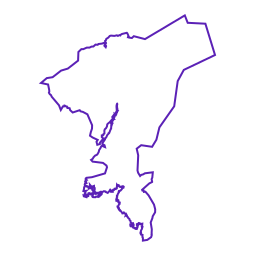 outline of Namdalseid nor, Nord-Trøndelag, Norway, rotated 180°
{"feature_id": "86288312B7521239931161", "entity_name": "Namdalseid nor", "entity_type": "district", "adm_level": 2, "iso_a3": "NOR", "parent_name": "Norway", "parent_adm1": "Nord-Trøndelag", "projection": "orthographic", "projection_center": [11.204, 64.324], "detail": "fine", "context": "isolated", "style": "outline", "palette": "violet", "viewbox_px": 256, "rotation_deg": 180, "n_neighbors": 0, "source": "geoboundaries", "source_scale": "gbopen_adm2", "svg_char_len": 5808}
<svg xmlns="http://www.w3.org/2000/svg" viewBox="0 0 256 256"><g transform="rotate(180 128 128)"><path d="M41.0,201.0L50.6,232.3L68.3,233.2L71.2,240.6L111.0,216.9L122.2,219.8L124.1,218.0L126.9,218.4L127.0,218.9L128.0,218.9L127.6,220.3L128.7,222.7L129.2,223.2L134.1,222.0L135.5,221.1L135.7,220.6L136.5,220.9L138.1,220.1L139.1,220.7L141.6,220.1L145.0,220.4L146.3,220.0L147.7,218.4L149.7,217.1L150.2,215.6L150.9,215.1L150.7,214.1L151.0,213.7L150.1,213.3L150.0,212.9L151.0,212.1L150.7,211.2L150.8,210.8L150.4,210.9L149.9,209.9L150.3,208.8L151.6,210.2L151.2,210.9L151.3,212.0L151.9,213.2L154.0,212.4L157.6,212.0L158.3,211.2L160.5,211.4L162.6,209.5L164.5,209.4L166.5,208.4L169.2,208.4L172.6,206.9L174.6,206.9L177.6,204.0L177.9,195.4L188.2,187.4L194.9,185.4L203.4,178.8L209.2,177.9L215.0,173.0L207.9,171.5L206.8,166.0L206.7,164.4L207.1,163.3L206.2,161.8L205.0,160.9L204.3,159.3L197.0,150.7L195.2,146.0L193.1,149.6L192.0,149.6L191.7,150.5L191.4,150.5L189.4,149.2L189.1,149.4L188.5,148.7L188.5,148.0L186.4,147.8L185.8,145.8L183.3,143.5L176.3,145.8L175.5,144.7L173.1,144.1L168.6,141.7L163.9,130.8L164.0,127.4L165.2,123.8L166.0,120.3L163.4,118.5L158.3,116.1L159.5,114.2L158.7,111.2L156.1,112.0L156.2,113.0L155.9,113.5L152.9,117.1L152.9,117.7L154.2,118.9L154.2,120.6L153.0,120.7L152.9,121.2L152.6,121.3L152.6,121.8L151.6,122.5L151.6,125.5L151.2,126.7L149.9,127.9L149.0,129.7L148.8,131.4L148.4,132.1L146.3,133.8L143.3,137.3L143.1,138.4L143.7,139.0L143.1,139.8L143.0,138.9L142.8,138.9L141.2,140.9L141.3,141.3L141.0,141.3L141.1,141.7L140.6,141.3L140.8,141.7L140.7,142.4L140.2,143.6L139.5,144.2L139.2,145.7L139.1,146.3L139.3,146.4L139.5,149.2L139.4,150.8L138.9,152.3L138.0,152.6L138.8,152.2L139.0,150.0L138.8,147.7L138.6,147.2L138.5,145.6L138.2,145.3L138.8,144.8L139.0,143.5L139.6,142.8L139.8,141.6L140.1,141.5L140.3,140.6L141.2,140.3L141.9,137.9L142.8,136.6L142.5,136.5L142.9,136.3L142.7,135.9L142.2,135.6L143.3,135.8L143.4,135.3L144.0,135.0L143.9,134.5L144.7,134.9L144.9,134.5L144.7,134.0L145.0,134.0L145.0,133.1L144.1,133.1L143.7,132.5L144.6,131.9L144.7,131.2L144.2,131.2L144.8,129.3L144.9,127.3L145.3,126.9L146.8,123.0L147.3,122.9L147.3,122.5L148.7,121.0L149.9,118.4L150.8,117.9L151.0,116.6L153.7,112.7L153.5,111.9L151.5,110.8L151.0,108.9L154.1,110.2L154.8,109.6L155.7,107.6L156.8,106.1L157.3,104.0L158.4,102.0L159.1,101.2L160.9,100.4L162.5,98.7L163.3,97.2L164.9,96.1L163.4,94.4L153.0,93.1L149.5,90.4L149.0,88.8L151.0,82.6L164.1,78.8L169.5,78.2L170.2,77.6L169.5,76.4L170.3,76.5L170.4,76.1L170.4,75.1L170.0,74.4L170.6,74.3L169.8,72.9L170.9,72.8L171.3,71.5L170.9,70.6L167.4,69.3L165.3,69.1L165.4,69.7L165.9,70.2L166.0,71.1L165.0,69.9L163.9,69.4L162.0,70.1L161.9,68.5L162.7,68.3L161.3,67.9L161.3,66.6L161.6,65.1L161.3,64.3L160.2,63.5L160.1,63.0L160.7,62.2L161.6,62.6L162.5,62.3L162.8,61.5L163.8,60.8L163.6,60.4L163.7,59.6L163.1,59.5L163.0,58.9L162.2,58.8L160.5,58.8L159.9,59.5L158.0,59.1L157.9,59.8L156.6,59.5L156.3,60.0L156.7,60.2L157.1,61.3L156.1,61.8L155.7,60.9L155.3,60.9L154.5,61.6L154.6,62.8L154.3,62.8L154.4,63.2L156.0,63.1L159.3,62.3L159.2,63.1L158.6,63.2L157.5,63.2L155.2,64.3L153.5,64.0L152.2,64.8L150.7,64.6L150.3,64.4L150.3,64.0L148.3,63.1L147.0,64.6L146.2,64.8L146.1,65.9L145.8,66.3L145.5,66.0L145.6,64.9L145.1,64.2L144.2,64.2L144.9,64.9L144.7,65.4L143.0,65.1L142.8,65.4L143.3,65.8L142.9,66.2L142.0,66.1L141.6,67.0L140.2,66.9L140.0,67.2L140.3,67.5L139.2,67.7L139.2,68.5L139.0,71.0L138.3,70.0L137.8,70.6L137.9,71.0L137.2,70.8L136.9,69.8L136.4,69.2L135.1,69.4L135.1,69.0L134.2,68.9L133.3,69.7L133.8,70.1L132.8,69.7L132.8,69.0L132.4,69.0L132.5,68.3L133.8,67.8L134.2,66.8L135.6,65.3L137.1,65.0L137.3,64.3L136.9,64.2L137.0,63.8L138.2,62.0L138.7,60.2L139.0,60.2L138.9,59.4L139.1,59.4L139.2,57.5L139.5,57.5L139.8,56.4L139.6,55.1L138.5,55.1L138.1,56.1L137.9,55.9L137.6,55.7L137.6,53.8L136.3,53.6L136.2,53.2L136.6,52.8L136.5,52.3L136.8,52.3L137.7,49.9L138.5,49.6L138.4,48.9L138.1,48.4L137.6,48.8L136.9,47.7L137.2,46.6L136.4,45.7L135.9,45.8L135.7,45.1L135.3,45.1L133.4,42.6L132.2,42.8L132.7,42.8L132.1,43.5L131.0,42.3L130.1,42.4L130.0,42.2L130.3,42.1L130.1,41.1L130.3,40.5L129.8,40.8L129.1,40.5L129.2,39.9L128.9,39.4L128.3,39.1L127.8,38.0L126.7,37.2L126.3,35.8L125.5,35.1L125.4,33.9L125.1,33.4L124.0,32.7L123.1,32.8L123.1,32.5L122.9,32.4L122.9,31.8L122.4,31.5L122.4,30.5L122.7,29.6L124.5,31.2L125.7,31.4L125.6,30.1L125.3,29.7L123.7,29.6L123.0,28.6L122.5,28.9L121.8,27.9L121.0,28.0L120.2,27.6L120.3,27.1L119.2,27.0L118.8,28.0L119.1,28.0L119.2,28.6L118.2,29.9L118.0,30.9L119.1,31.0L119.1,31.9L117.8,32.3L117.3,33.0L116.7,32.9L116.5,32.1L115.7,32.3L115.6,31.8L113.7,32.3L113.9,29.3L114.2,29.3L114.1,28.8L113.6,28.8L114.2,26.8L114.9,25.7L115.6,23.0L115.4,22.5L114.9,22.9L114.7,21.3L113.5,21.1L113.6,19.0L113.3,18.8L113.1,17.9L113.1,15.4L108.7,16.1L104.9,18.8L104.3,20.6L104.5,21.4L104.2,21.9L104.4,22.6L104.2,26.7L105.3,33.5L103.6,37.9L103.3,39.7L100.9,43.7L100.8,46.7L102.0,51.4L107.4,60.6L110.6,64.3L112.1,64.1L112.3,65.3L113.0,65.3L113.2,65.9L113.7,65.7L113.9,66.2L106.7,72.6L103.9,74.0L103.9,74.6L104.4,76.8L103.7,78.4L103.2,83.7L111.1,82.7L112.9,81.6L114.8,81.1L115.9,80.0L117.9,83.3L118.5,85.5L117.8,100.7L119.3,107.3L114.8,110.8L103.9,109.2L99.6,116.3L96.6,128.6L81.8,149.7L78.3,174.9L72.2,186.1L41.0,201.0ZM172.2,59.7L169.4,58.8L169.1,59.6L168.2,59.8L168.8,60.6L168.7,61.1L168.0,60.8L168.0,61.2L167.4,61.6L167.3,62.5L167.6,62.5L167.5,62.8L167.2,62.8L167.2,62.4L166.4,62.8L166.2,61.6L165.3,61.6L165.3,62.0L164.2,62.3L163.9,62.8L163.1,62.8L162.3,64.3L162.7,64.3L163.0,65.5L163.6,65.9L163.8,66.5L163.6,66.7L164.6,67.8L167.3,67.6L167.4,68.1L167.0,68.1L167.1,68.4L168.3,69.2L171.3,69.9L171.9,68.5L172.0,67.0L172.6,64.9L171.0,64.5L170.7,65.1L169.9,65.2L170.6,64.6L170.6,62.9L171.2,62.6L171.3,62.0L170.3,61.1L171.5,60.9L171.4,60.5L171.8,59.9L172.3,60.2L172.2,59.7Z" fill="none" stroke="#5b21b6" stroke-width="2"/></g></svg>